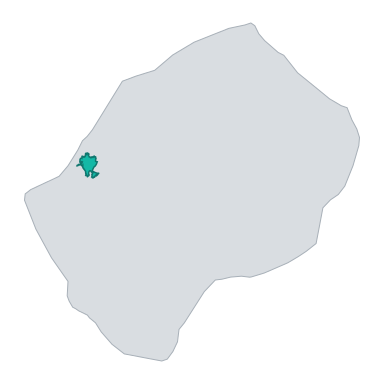 Thota-ea-Moli, Maseru, Lesotho (highlighted)
{"feature_id": "5366337B11591763594047", "entity_name": "Thota-ea-Moli", "entity_type": "district", "adm_level": 2, "iso_a3": "LSO", "parent_name": "Lesotho", "parent_adm1": "Maseru", "projection": "orthographic", "projection_center": [27.504, -29.453], "detail": "fine", "context": "in_parent", "style": "filled", "palette": "teal", "viewbox_px": 384, "rotation_deg": 0, "n_neighbors": 0, "source": "geoboundaries", "source_scale": "gbopen_adm2", "svg_char_len": 5202}
<svg xmlns="http://www.w3.org/2000/svg" viewBox="0 0 384 384"><path d="M264.3,273.0L251.5,276.9L249.7,277.2L241.5,276.2L230.6,277.1L222.0,279.2L215.3,280.0L204.3,291.6L184.3,322.9L179.0,329.4L177.5,341.8L172.9,351.5L167.3,359.1L161.8,361.0L145.3,357.9L124.3,353.9L112.1,344.4L101.2,331.9L95.5,322.8L89.5,317.9L87.4,315.1L78.8,310.9L75.6,308.7L72.7,307.2L69.2,301.2L67.2,295.9L68.0,281.4L61.9,272.7L51.5,257.8L44.9,245.7L35.9,229.1L30.3,214.9L24.5,200.2L25.2,193.9L30.7,189.6L46.7,182.1L59.1,176.3L68.0,165.8L77.8,150.1L82.5,140.7L87.2,136.4L92.4,129.8L101.5,115.1L111.6,98.7L122.4,81.2L136.0,76.1L154.7,70.3L172.7,55.0L194.1,42.2L228.7,28.4L244.8,25.0L250.9,23.0L254.8,25.7L258.8,33.8L264.6,40.6L278.1,52.4L283.8,55.3L297.6,72.8L312.5,84.9L329.5,98.8L341.2,105.7L347.1,107.7L351.9,119.9L356.8,129.0L359.5,137.5L358.8,145.7L353.0,165.7L344.8,186.1L338.3,194.5L330.5,199.8L322.9,207.8L319.8,224.2L316.1,243.5L306.1,251.4L298.4,256.5L287.8,262.8L264.3,273.0Z" fill="#d9dde1" stroke="#a8b0b8" stroke-width="1"/><path d="M98.6,173.2L98.4,173.2L98.2,173.4L97.8,173.3L97.3,173.2L97.0,173.1L96.8,173.2L96.5,173.0L96.2,172.9L95.2,172.5L94.9,172.4L94.3,172.1L94.0,172.1L93.9,171.9L93.7,171.7L93.1,171.6L92.8,171.2L92.5,171.1L92.4,170.3L92.7,169.6L93.1,168.7L93.8,167.3L94.2,166.8L94.6,166.5L94.9,166.3L95.3,165.9L95.6,165.4L95.9,165.0L96.5,163.9L97.2,161.8L96.9,161.8L96.7,161.8L96.5,161.7L96.3,161.6L96.2,161.5L96.0,161.3L95.8,161.3L95.6,161.3L95.6,161.2L95.6,160.7L95.6,160.4L95.6,160.1L95.6,159.9L95.6,159.7L95.8,159.3L95.8,159.1L95.7,159.0L95.7,158.9L95.8,158.8L95.9,158.7L95.7,158.5L95.8,158.3L95.8,158.2L95.7,158.0L95.7,157.9L95.6,157.7L95.7,157.3L95.6,157.2L95.6,156.9L95.4,156.8L95.1,156.9L95.2,157.0L94.9,157.1L94.7,157.0L94.5,156.9L94.5,156.7L94.4,156.4L94.2,156.1L93.9,156.2L93.6,156.6L93.4,156.7L93.2,156.8L93.2,157.0L93.3,157.1L93.1,157.2L93.1,157.4L93.0,157.5L92.9,157.5L92.8,157.4L92.5,156.9L92.2,156.8L91.6,157.0L91.7,157.3L91.5,157.5L91.3,157.5L91.0,157.7L90.9,157.8L90.6,157.5L90.5,157.3L90.4,157.2L90.2,157.1L89.6,157.1L89.4,157.1L89.4,156.9L89.2,156.5L88.9,156.0L88.4,155.6L88.3,155.3L88.3,155.1L88.4,154.7L88.5,154.6L88.9,154.3L88.8,154.0L88.7,153.9L88.7,153.7L88.4,153.5L88.1,153.6L87.9,153.5L87.9,153.3L87.5,153.0L87.4,153.0L87.5,153.2L87.5,153.5L87.4,153.7L87.0,153.6L86.9,153.6L86.9,153.8L86.7,154.0L86.8,154.2L86.6,154.4L86.4,154.2L86.2,154.0L86.0,153.7L85.9,153.5L85.7,153.4L85.6,153.5L85.8,153.8L85.8,154.0L85.8,154.3L85.7,154.5L85.4,154.8L85.3,155.0L85.5,155.1L85.5,155.6L85.3,155.9L85.2,156.4L85.0,156.7L84.7,156.9L84.6,157.0L84.3,156.8L84.2,156.9L83.7,157.1L83.4,157.1L83.3,156.9L83.2,156.9L83.2,156.6L82.9,156.5L82.7,156.6L82.4,156.6L82.5,156.4L82.4,156.4L82.2,156.2L82.0,156.3L82.0,156.5L82.0,156.9L82.0,157.1L82.0,157.4L81.9,157.6L81.9,157.9L81.9,158.0L81.9,158.3L81.7,158.2L81.3,158.2L80.8,158.3L80.6,158.6L80.4,158.6L80.3,158.9L79.9,160.0L80.0,160.1L80.0,160.3L80.1,160.5L80.1,160.8L80.1,161.0L79.9,161.5L79.8,161.9L79.9,162.1L80.2,162.1L80.3,162.4L80.6,162.7L80.8,162.8L81.0,162.7L81.3,162.6L81.5,162.5L81.5,162.2L81.6,161.7L81.8,161.6L81.9,161.8L82.0,162.0L82.3,162.0L82.1,162.5L82.0,162.9L81.9,163.0L81.7,163.2L81.6,163.4L81.2,163.5L81.0,163.8L80.9,163.9L80.7,164.0L80.1,164.0L79.6,164.4L79.5,164.5L79.3,164.5L79.1,164.6L78.9,164.6L78.9,164.8L78.7,164.7L78.7,164.9L78.3,165.0L78.1,165.1L77.8,165.1L77.7,165.3L77.5,165.2L77.2,165.3L77.0,165.8L77.3,165.8L77.4,165.7L77.8,165.7L78.3,165.2L78.5,165.1L78.8,164.9L79.0,164.8L79.3,164.8L79.4,164.7L79.6,164.6L79.9,164.6L80.0,164.7L80.2,164.8L80.4,164.6L80.6,164.6L80.8,164.6L81.0,164.8L81.3,164.9L81.4,165.1L81.5,165.4L81.6,165.5L81.8,165.3L81.9,165.2L82.0,165.2L82.1,165.3L82.2,165.6L82.5,165.8L82.5,165.7L82.6,165.4L82.6,165.2L82.8,165.0L82.8,165.9L82.8,166.0L82.6,166.1L82.5,166.3L82.5,166.5L82.7,167.0L82.9,167.3L83.0,167.7L83.0,167.9L83.2,168.2L83.7,168.4L83.8,168.6L83.8,169.0L84.2,169.5L84.6,169.9L84.9,170.4L85.1,170.6L85.3,171.0L85.6,171.5L85.6,172.4L85.7,172.7L85.7,173.0L85.8,173.2L85.7,173.6L85.8,173.9L86.0,173.9L86.2,174.0L86.1,174.5L85.9,174.8L85.9,175.0L85.7,175.3L85.9,175.5L86.1,175.3L86.3,175.2L86.6,175.2L86.8,175.2L87.0,175.3L87.1,175.5L87.4,176.1L87.4,176.3L87.3,176.6L87.5,176.7L87.8,176.4L88.0,176.1L88.2,175.9L88.4,175.9L88.5,175.8L88.9,175.5L89.0,175.4L89.0,175.2L89.0,174.5L88.8,174.4L88.9,174.2L88.7,173.9L88.7,173.6L88.6,173.3L88.8,172.4L88.8,172.1L88.9,171.9L89.0,171.6L89.1,171.4L89.7,170.8L90.0,170.7L90.5,170.9L90.8,171.2L91.0,171.3L91.4,171.5L91.5,171.6L91.5,171.8L91.5,172.0L91.8,172.0L92.0,172.2L92.0,172.4L92.2,172.6L92.2,173.0L92.3,173.1L92.7,173.1L92.7,173.3L92.6,173.7L92.2,174.4L91.9,174.5L91.9,174.9L92.0,175.2L92.1,175.6L91.9,176.6L91.7,177.0L91.9,177.1L92.5,177.4L92.7,177.7L92.6,177.8L92.8,177.9L93.0,177.9L93.2,177.6L93.3,177.6L93.5,177.6L93.8,177.4L94.1,177.3L94.1,177.2L94.3,177.1L94.2,177.0L94.2,176.7L94.3,176.7L94.3,176.8L94.6,176.7L94.8,176.5L95.0,176.4L95.3,176.0L95.2,175.9L95.4,175.7L95.5,175.6L95.8,175.5L96.0,175.6L96.0,175.4L96.0,175.2L96.4,174.9L96.4,174.7L96.5,174.7L96.8,174.7L97.0,174.8L97.3,174.9L97.3,175.0L97.4,174.9L97.5,174.9L97.7,174.7L97.8,174.2L98.2,173.8L98.3,173.7L98.6,173.6L98.7,173.4L98.6,173.2Z" fill="#14b8a6" stroke="#0f766e" stroke-width="1.5"/></svg>